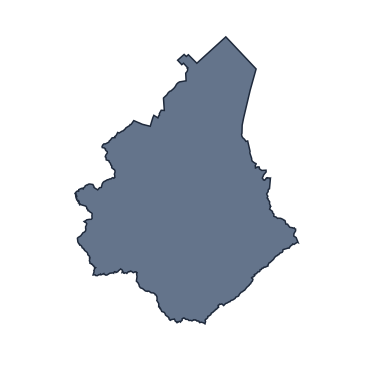 outline of Nyabihu, Western, Rwanda, rotated 49°
{"feature_id": "39286606B61881490568352", "entity_name": "Nyabihu", "entity_type": "district", "adm_level": 2, "iso_a3": "RWA", "parent_name": "Rwanda", "parent_adm1": "Western", "projection": "robinson", "projection_center": [29.504, -1.642], "detail": "fine", "context": "isolated", "style": "filled", "palette": "slate", "viewbox_px": 384, "rotation_deg": 49, "n_neighbors": 0, "source": "geoboundaries", "source_scale": "gbopen_adm2", "svg_char_len": 6139}
<svg xmlns="http://www.w3.org/2000/svg" viewBox="0 0 384 384"><g transform="rotate(49 192 192)"><path d="M128.3,284.4L133.0,281.4L134.6,281.6L135.6,282.4L136.8,282.1L137.8,282.8L138.8,282.2L140.7,282.0L141.8,281.5L142.9,281.6L144.1,283.0L146.4,284.8L146.5,286.0L145.3,287.4L143.9,289.7L143.9,291.3L143.4,292.8L144.5,292.7L145.2,292.1L146.8,292.2L147.9,293.7L148.3,295.0L149.7,296.2L150.3,296.3L151.5,297.9L151.7,299.5L151.2,300.9L152.1,304.7L151.6,307.8L151.7,308.8L154.8,310.9L156.9,311.4L157.4,311.1L158.4,311.6L159.0,311.0L160.3,310.8L162.2,311.5L163.1,311.0L164.1,311.2L164.5,310.9L165.5,311.4L168.5,310.8L169.6,310.9L171.1,311.8L173.1,311.5L173.6,311.9L174.3,311.9L174.4,312.5L175.0,313.0L175.2,312.8L176.6,314.6L177.7,314.9L178.9,315.8L180.0,315.0L180.5,315.2L180.8,314.8L182.8,314.9L183.0,314.6L184.2,315.0L184.8,314.7L185.2,315.0L185.9,314.5L186.0,316.2L186.8,317.0L187.0,317.8L187.9,318.1L189.7,321.1L190.8,319.6L191.2,319.3L191.8,319.5L193.0,318.4L193.3,316.3L194.2,315.7L194.0,315.0L194.6,315.1L195.0,314.7L195.7,312.0L196.6,312.4L197.4,311.7L198.2,311.6L198.9,310.6L199.4,307.3L201.3,304.6L201.9,304.4L201.4,303.6L201.6,303.1L201.4,302.7L202.6,301.8L202.9,302.1L203.1,301.7L203.5,300.1L203.2,299.3L203.3,296.3L203.8,296.4L204.6,295.9L205.9,296.1L206.7,297.4L206.9,296.5L207.5,296.4L208.1,296.9L208.9,296.5L209.0,295.6L209.8,294.8L210.7,294.6L210.4,292.3L211.4,291.2L211.2,290.4L212.3,289.7L214.1,289.4L214.6,289.0L214.7,287.6L215.4,286.6L216.2,287.0L216.8,286.4L217.8,287.8L219.8,289.0L222.8,292.5L224.9,292.3L227.1,292.8L228.5,293.6L230.5,293.8L232.4,292.7L236.1,292.1L237.9,290.7L237.9,290.2L238.8,289.5L241.2,289.0L242.9,287.3L244.7,286.8L245.3,287.2L246.2,286.7L248.1,287.2L250.3,288.9L250.7,289.7L254.4,290.3L256.7,292.4L257.0,292.0L257.5,292.3L258.1,292.0L258.9,292.7L259.4,292.3L262.3,293.2L264.5,292.0L265.8,292.0L267.5,292.7L271.4,291.9L273.0,292.7L273.4,292.4L274.3,292.7L274.7,292.5L274.8,291.2L276.4,288.6L278.7,289.4L279.5,289.0L280.8,289.1L280.9,288.9L280.5,288.2L281.3,287.5L281.2,286.8L281.7,286.1L282.6,286.0L282.3,285.0L282.4,283.7L281.2,282.5L281.6,280.9L281.9,280.6L282.4,280.8L282.8,280.3L283.9,280.3L285.5,278.7L287.0,278.6L288.1,277.1L289.3,276.6L289.5,274.7L290.0,274.6L290.2,273.8L290.9,273.5L291.0,273.1L292.8,272.9L293.0,272.2L294.3,271.5L295.1,272.0L295.7,271.9L296.2,270.5L298.2,269.2L300.0,268.7L298.7,266.8L297.3,266.2L297.0,265.1L297.3,264.6L297.2,262.5L296.2,261.7L296.7,260.5L296.9,258.6L296.9,258.1L296.1,257.1L296.5,255.0L296.3,254.3L296.5,252.6L296.1,251.3L296.4,251.1L296.5,249.6L296.2,248.5L296.5,247.9L296.4,247.4L295.0,247.1L294.7,246.4L295.0,246.0L294.7,244.8L295.5,244.1L296.0,242.9L298.5,242.6L298.2,239.7L298.8,238.5L299.2,235.9L299.7,235.5L299.4,234.0L300.3,231.8L300.6,229.3L300.1,227.9L301.0,225.5L301.0,224.7L300.3,223.6L299.9,220.7L300.4,219.2L300.3,217.6L300.7,216.9L299.9,213.2L299.9,210.0L299.5,209.3L299.7,208.0L299.0,206.4L298.9,204.9L297.8,203.2L295.9,203.4L295.8,202.4L296.2,201.7L296.3,199.7L296.1,199.2L295.3,199.2L295.4,198.2L295.9,196.9L295.5,194.8L296.3,193.5L296.2,192.6L295.3,191.5L296.0,190.5L295.5,189.1L296.1,188.4L296.0,186.8L296.6,186.4L297.7,183.1L296.9,182.5L296.0,180.1L296.4,179.5L296.3,174.6L295.6,172.6L295.5,170.7L295.9,169.6L295.7,168.7L296.2,167.7L295.8,165.9L296.7,163.4L296.3,162.3L295.4,161.5L295.3,160.9L297.5,156.1L298.1,155.6L297.4,153.2L297.6,151.0L297.3,150.0L298.5,149.4L299.0,145.4L299.8,145.1L294.7,143.3L292.0,144.1L290.3,142.4L289.3,139.3L288.0,138.2L287.7,138.5L286.1,138.4L285.7,139.4L284.9,139.6L282.7,141.4L278.9,141.0L277.8,142.2L274.7,140.6L273.9,140.7L273.5,141.2L272.3,141.3L270.1,142.3L268.5,143.9L268.0,144.8L266.3,144.9L264.0,146.2L262.4,144.7L260.5,144.8L259.4,144.0L255.3,144.8L255.6,144.6L255.2,143.2L254.3,142.6L254.5,142.0L251.8,141.3L250.3,139.8L247.4,139.5L246.9,139.0L245.8,139.2L244.9,137.5L243.0,137.2L242.3,136.8L241.7,134.3L240.7,133.5L240.2,132.5L240.4,131.4L233.1,123.8L233.0,124.5L232.3,124.3L231.2,125.4L230.7,126.8L230.4,126.2L230.2,126.5L230.8,129.4L229.8,130.1L229.5,129.8L228.0,130.0L227.3,129.3L226.6,127.4L226.1,126.9L225.5,122.9L224.1,121.8L221.5,125.2L218.7,125.9L217.3,124.9L217.0,125.0L215.8,126.4L216.0,126.8L215.5,128.3L213.5,126.9L213.1,125.5L212.6,125.0L211.2,125.7L208.2,126.3L206.9,125.8L205.7,124.9L200.4,122.7L199.4,121.5L190.0,116.5L189.2,118.1L186.7,117.8L184.5,118.1L182.6,117.8L180.8,116.6L180.5,115.8L174.5,110.3L169.7,104.1L153.4,81.4L141.2,62.9L97.1,64.7L98.0,103.9L86.0,104.7L86.0,107.4L83.0,107.7L83.1,116.4L89.2,116.2L89.3,113.9L94.9,113.8L95.1,114.2L95.5,113.7L97.1,115.3L97.8,116.5L98.2,118.8L104.2,123.5L100.7,129.2L100.4,130.9L100.5,132.9L101.5,135.6L101.9,137.9L101.9,141.8L101.5,142.3L101.4,144.5L102.2,147.3L102.3,151.2L102.4,151.9L103.8,153.0L112.3,159.4L110.1,161.6L111.1,164.4L111.6,165.5L112.6,166.0L112.7,167.2L113.7,169.1L109.1,170.5L110.4,173.1L115.0,180.4L108.4,185.0L99.9,189.1L101.0,193.3L101.0,194.1L100.5,194.4L100.9,195.8L100.2,199.8L100.5,200.5L100.7,203.7L100.1,205.2L99.7,208.2L98.3,209.0L99.6,212.2L99.5,214.0L100.4,214.4L98.7,216.8L99.3,219.8L99.2,220.9L99.8,222.1L98.8,226.0L97.9,226.8L98.0,228.6L98.7,230.1L99.6,230.6L101.4,229.2L102.8,229.1L103.0,229.6L104.5,229.8L105.8,229.4L107.0,230.3L107.6,232.9L108.5,234.4L109.4,234.2L111.5,235.7L113.8,234.2L114.8,234.7L117.0,234.8L118.3,235.5L119.6,235.4L120.6,236.4L121.5,236.7L123.1,236.1L123.3,236.3L124.3,235.9L125.2,236.1L126.4,236.9L127.6,238.9L128.6,239.3L130.4,240.7L130.3,242.0L129.3,242.2L128.9,243.4L129.0,244.5L128.2,245.4L127.7,247.3L127.2,247.8L126.7,250.9L126.4,251.2L126.4,252.8L127.0,254.5L129.1,257.4L128.1,258.9L128.5,261.8L124.3,263.0L123.6,262.4L121.3,261.9L118.8,264.0L118.1,265.1L118.1,266.3L117.6,266.8L117.3,268.6L117.8,269.5L117.8,271.0L118.3,272.1L117.2,272.3L117.3,272.9L116.7,273.1L115.9,275.9L117.0,276.9L116.8,277.5L116.1,277.7L115.9,278.8L116.3,281.3L117.1,281.4L117.1,280.9L117.6,280.8L117.8,281.7L118.9,282.5L119.0,281.7L119.3,281.6L119.7,281.8L120.3,283.3L121.1,283.6L121.3,283.3L122.3,284.2L123.3,283.7L124.0,284.2L124.2,283.3L125.3,283.6L125.9,284.8L126.4,284.4L127.0,284.8L127.3,284.4L128.0,285.1L128.3,284.4Z" fill="#64748b" stroke="#1e293b" stroke-width="1.5"/></g></svg>